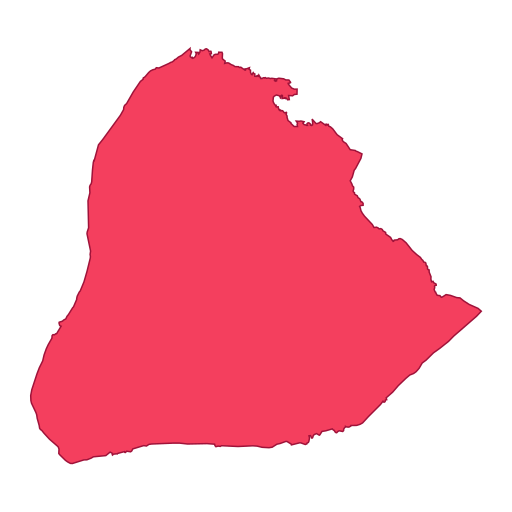 Hebron, West Bank, Palestine (Equal Earth projection)
{"feature_id": "87354302B80979559279056", "entity_name": "Hebron", "entity_type": "district", "adm_level": 2, "iso_a3": "PSE", "parent_name": "Palestine", "parent_adm1": "West Bank", "projection": "equal_earth", "projection_center": [35.111, 31.507], "detail": "fine", "context": "isolated", "style": "filled", "palette": "rose", "viewbox_px": 512, "rotation_deg": 0, "n_neighbors": 0, "source": "geoboundaries", "source_scale": "gbopen_adm2", "svg_char_len": 5916}
<svg xmlns="http://www.w3.org/2000/svg" viewBox="0 0 512 512"><path d="M287.6,99.8L289.3,99.6L288.6,95.5L292.6,95.8L294.3,94.5L297.0,94.2L297.1,89.1L294.4,89.2L291.6,88.0L288.5,84.3L288.8,83.8L288.3,83.3L290.5,82.7L290.6,82.3L288.9,80.0L285.7,79.9L283.7,78.8L278.8,78.2L276.9,78.8L276.5,80.9L275.5,80.6L275.3,81.1L274.5,80.6L275.4,78.8L271.9,78.3L270.2,78.5L268.6,78.0L266.3,78.3L265.3,77.6L264.4,78.0L264.0,77.7L263.2,77.8L262.1,78.5L260.8,78.5L260.6,77.7L260.4,77.8L258.8,75.0L258.3,76.3L257.4,75.9L257.4,75.6L257.0,75.7L256.8,76.4L254.8,76.3L254.8,73.9L254.0,73.7L253.2,72.6L252.0,74.7L251.3,74.2L250.5,72.3L250.5,70.2L249.0,69.2L249.4,67.7L246.5,68.8L245.1,68.9L245.4,70.1L245.1,70.2L240.8,67.2L239.4,67.5L238.6,66.7L234.9,66.6L233.5,65.5L231.2,64.6L228.7,63.0L227.0,62.8L224.7,63.4L225.2,61.1L222.7,59.1L222.3,58.1L222.5,53.7L222.0,52.3L218.7,52.2L218.6,53.4L217.7,54.3L215.6,54.3L214.2,54.7L212.0,57.8L210.4,55.3L209.8,53.9L211.4,53.7L211.1,51.7L210.8,51.2L209.0,51.6L208.5,50.2L206.6,48.8L205.3,49.0L204.0,50.2L202.2,50.7L200.2,49.8L199.9,52.1L198.7,54.1L198.2,53.4L198.2,52.4L195.6,52.3L196.3,53.7L195.4,56.4L194.2,57.6L192.9,58.3L192.2,57.4L191.9,57.9L190.3,56.8L190.1,55.9L191.6,51.8L189.9,49.6L190.0,48.5L181.7,55.4L178.4,57.1L176.2,59.0L174.6,59.7L174.3,60.3L172.3,61.9L170.7,62.4L169.0,63.4L158.9,68.0L156.3,67.7L155.3,69.1L152.7,69.8L150.5,70.9L148.7,72.5L145.3,76.5L144.2,77.5L143.5,77.7L143.1,78.3L143.2,79.2L140.4,81.4L133.3,91.9L126.6,103.6L124.6,105.4L123.8,107.3L123.6,109.6L120.4,115.3L102.6,139.7L98.5,144.8L94.2,160.7L93.8,160.5L93.3,162.4L92.5,169.8L91.7,181.8L91.2,183.7L90.1,185.3L89.6,186.9L89.9,192.8L88.0,200.8L88.6,227.8L87.2,232.0L87.0,233.8L90.6,251.1L90.1,254.4L90.4,256.3L90.3,258.0L87.0,271.4L84.0,281.8L80.2,291.0L79.3,292.0L77.2,296.2L76.7,298.4L76.7,299.4L73.5,306.9L72.7,307.7L68.4,314.6L67.0,316.3L65.8,318.9L63.7,320.0L62.4,321.2L59.2,322.2L59.0,323.0L59.6,325.2L60.1,325.8L61.1,326.2L56.6,333.7L55.7,333.8L54.6,334.7L52.9,334.7L52.1,335.6L51.9,338.2L48.2,344.7L46.2,349.0L44.1,354.9L42.7,360.9L39.3,367.8L37.0,373.8L31.8,389.7L30.7,395.6L30.9,400.6L31.5,403.2L35.9,412.5L36.7,414.8L37.2,418.3L39.2,425.5L39.6,428.2L40.5,429.6L41.6,430.2L44.0,433.2L49.5,439.2L58.1,446.7L59.0,449.0L58.8,453.5L59.6,454.6L65.4,460.3L67.6,461.9L70.4,463.4L72.4,463.5L83.9,459.9L86.9,459.8L91.2,458.1L93.4,456.8L105.8,455.6L110.1,452.1L112.1,453.2L112.3,454.8L112.6,455.1L113.2,454.2L116.6,453.8L117.2,454.0L117.8,453.4L124.5,451.6L124.8,452.4L125.4,452.5L126.7,451.2L130.6,451.8L131.7,451.0L132.8,448.9L143.7,445.6L146.5,446.0L148.9,444.4L151.6,444.0L173.2,443.1L179.5,443.1L187.6,444.0L207.0,443.6L214.6,444.2L215.0,445.7L215.9,446.7L218.1,446.1L220.3,446.4L221.5,445.7L238.0,446.5L252.8,445.8L257.1,446.1L262.1,447.3L269.0,447.7L272.2,447.2L276.9,444.2L280.1,443.5L285.9,441.4L287.0,441.5L291.1,444.0L291.4,444.9L299.7,442.8L300.9,442.9L305.3,444.5L306.9,443.8L306.9,443.2L308.4,442.4L308.9,441.2L309.5,438.0L309.0,435.8L310.5,435.6L311.6,438.0L312.1,438.1L312.6,437.7L313.2,435.9L314.1,434.6L316.5,433.6L319.3,435.2L319.8,434.9L322.0,431.4L325.8,430.8L332.3,428.9L333.4,430.1L334.0,430.2L335.3,432.2L336.1,432.7L336.7,432.7L338.1,431.3L339.3,430.8L342.7,431.5L343.6,430.6L343.7,429.1L344.5,427.8L345.5,427.0L345.5,426.4L346.8,427.0L348.9,427.1L350.8,426.1L350.9,425.5L356.6,425.4L360.1,424.3L362.6,422.9L368.4,416.6L380.4,404.6L383.0,401.2L383.7,402.1L384.4,402.1L385.1,401.6L385.4,400.0L386.7,399.7L386.2,397.8L392.7,392.1L398.3,385.6L405.8,378.4L409.8,375.0L413.6,373.5L416.1,371.7L419.1,368.3L422.2,363.0L426.0,360.2L433.5,352.8L439.7,348.4L448.6,341.3L453.8,336.0L476.6,316.2L481.3,311.2L478.1,308.4L469.1,304.4L463.6,300.8L460.0,297.9L456.7,297.6L450.5,295.4L446.1,294.6L442.5,296.9L441.3,297.3L439.9,295.6L437.2,295.3L436.0,293.3L435.7,292.2L435.0,291.8L434.1,289.3L434.7,287.9L434.5,286.1L434.9,285.6L436.2,285.3L436.1,284.1L433.7,282.7L433.0,281.3L431.7,281.8L431.5,281.4L430.9,279.2L431.0,276.7L429.2,272.2L429.1,269.9L428.7,269.6L428.3,269.7L427.5,269.0L427.5,266.8L427.3,266.1L426.3,265.8L425.8,263.0L425.0,262.3L423.6,262.0L422.9,260.4L421.7,259.4L420.4,257.4L416.7,254.6L412.1,250.4L406.1,242.8L402.3,239.5L400.3,238.6L399.0,238.7L397.6,239.8L394.2,240.1L393.6,241.3L393.1,241.4L392.5,240.4L391.8,239.8L390.6,237.4L386.1,234.3L385.8,234.0L385.6,232.4L382.9,230.8L382.3,229.5L380.8,228.6L379.1,228.9L378.4,228.1L376.6,227.2L374.0,227.5L372.3,224.5L364.5,216.2L362.3,213.2L360.9,210.6L360.3,207.9L359.6,206.4L361.0,205.5L363.1,205.3L363.1,203.3L361.8,201.8L360.9,201.7L360.0,199.3L359.5,198.6L358.0,197.6L357.3,195.8L354.8,194.3L354.5,193.9L354.5,192.7L353.4,191.9L353.1,191.0L353.7,189.1L353.7,187.1L352.4,185.7L352.0,184.2L350.2,180.8L352.3,177.0L354.2,170.2L355.5,168.6L360.9,158.4L362.0,153.9L357.4,151.6L356.1,151.2L355.3,150.5L350.2,149.7L346.1,143.5L343.4,141.7L342.5,140.6L342.2,139.6L342.6,138.7L337.1,134.7L332.7,128.8L330.5,126.9L328.8,126.2L328.3,124.5L327.3,125.0L327.2,124.4L326.1,124.1L325.7,125.3L320.6,121.7L319.3,122.8L317.0,123.6L316.0,123.5L312.4,119.5L312.2,119.6L312.7,123.1L312.5,124.9L311.7,125.5L310.5,125.2L310.7,124.3L309.0,122.9L308.1,122.8L307.6,123.2L307.0,123.7L307.0,125.0L307.3,125.4L306.5,125.4L305.3,124.8L304.2,124.7L302.9,123.3L303.3,122.1L303.7,122.3L304.1,121.7L300.9,121.0L299.1,121.3L296.9,121.1L296.2,121.1L297.5,122.9L297.5,123.6L297.1,124.2L297.5,126.5L294.1,126.5L290.9,123.4L291.0,122.9L290.7,122.6L288.0,120.5L287.0,117.1L287.1,116.1L286.1,114.3L286.6,112.8L286.2,112.3L285.2,112.8L284.3,112.7L282.6,110.7L280.8,110.8L280.6,110.1L279.8,110.5L279.4,110.2L279.2,109.9L279.6,109.8L278.5,108.6L278.2,106.8L276.2,106.9L275.9,106.4L276.2,105.3L275.2,105.1L274.1,103.7L273.3,102.0L273.0,100.9L273.4,97.1L274.3,96.1L276.4,95.0L279.3,95.8L280.2,97.0L280.4,97.9L280.7,98.1L281.0,95.6L281.8,95.2L282.4,95.5L282.4,98.5L284.6,98.2L286.1,98.8L285.2,97.8L285.4,97.8L286.5,98.3L287.6,99.8Z" fill="#f43f5e" stroke="#9f1239" stroke-width="1.5"/></svg>